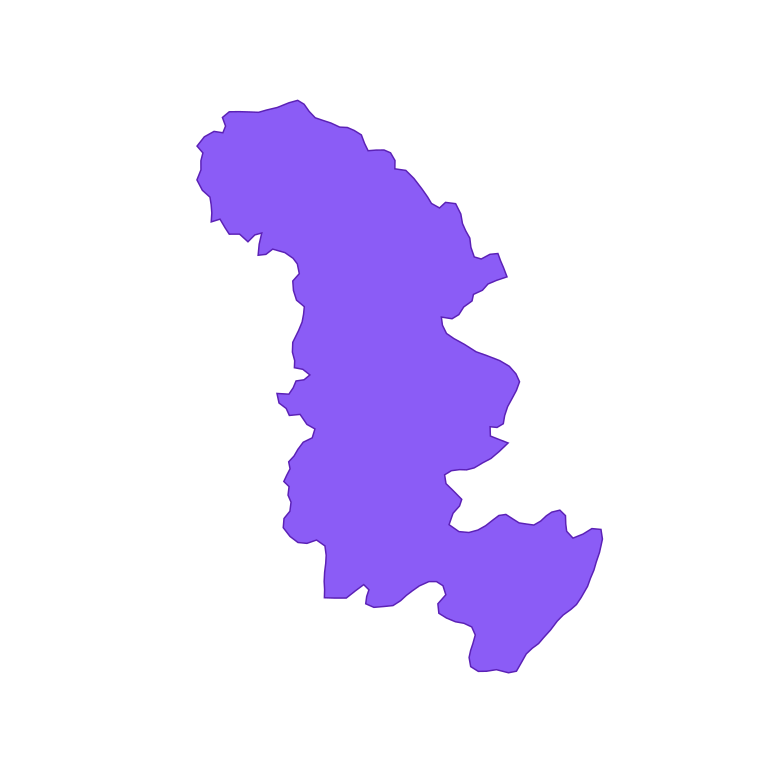 Cana Verde, Minas Gerais, Brazil, rotated 295°
{"feature_id": "56859067B5820383459318", "entity_name": "Cana Verde", "entity_type": "district", "adm_level": 2, "iso_a3": "BRA", "parent_name": "Brazil", "parent_adm1": "Minas Gerais", "projection": "albers", "projection_center": [-45.191, -21.031], "detail": "fine", "context": "isolated", "style": "filled", "palette": "violet", "viewbox_px": 768, "rotation_deg": 295, "n_neighbors": 0, "source": "geoboundaries", "source_scale": "gbopen_adm2", "svg_char_len": 3063}
<svg xmlns="http://www.w3.org/2000/svg" viewBox="0 0 768 768"><g transform="rotate(295 384 384)"><path d="M165.1,420.3L169.0,429.4L174.1,440.3L184.1,445.3L193.6,450.4L191.1,457.3L184.1,458.1L177.1,460.3L177.3,469.2L182.4,478.1L187.0,485.8L194.6,490.6L201.9,493.6L208.0,496.8L215.9,501.3L223.9,508.2L227.1,515.1L226.1,522.7L219.1,529.1L207.6,525.7L199.4,530.6L198.3,539.5L198.7,549.2L200.9,557.5L200.9,566.2L195.1,572.8L186.1,574.3L179.2,575.1L172.1,576.7L164.5,582.0L163.4,590.9L167.0,598.3L172.6,606.6L174.9,618.9L179.7,625.4L187.8,626.1L199.5,627.0L207.1,630.0L214.1,633.8L221.4,635.8L231.5,638.9L242.3,641.2L250.3,644.0L258.6,648.6L265.4,651.6L273.7,652.9L286.7,654.0L295.3,653.2L304.0,652.9L312.3,651.6L322.4,650.5L329.2,649.0L335.8,647.5L343.9,642.1L340.8,633.5L332.1,627.8L324.2,620.4L327.7,611.8L333.9,607.9L341.4,604.1L344.0,596.7L338.8,590.2L333.1,586.8L325.9,583.9L319.5,579.4L317.2,572.0L315.2,565.1L316.2,557.4L317.3,549.6L313.4,543.7L307.2,540.4L298.5,536.0L291.3,530.8L285.3,523.7L281.9,514.3L284.0,502.4L296.0,501.2L305.4,504.0L312.3,503.2L316.2,492.8L319.9,482.3L327.3,477.3L333.9,481.7L338.3,488.6L341.1,495.1L346.1,501.2L354.2,506.7L361.7,512.4L371.7,517.0L383.0,521.4L382.3,510.9L381.8,502.4L390.1,498.2L392.4,504.8L398.4,508.9L406.4,506.7L415.7,505.6L425.1,506.2L434.1,506.7L443.3,505.9L448.9,499.4L453.0,490.1L454.1,479.0L453.2,465.4L452.1,453.8L453.9,440.2L454.7,428.2L456.2,419.3L462.0,412.1L468.9,407.7L471.9,418.1L478.5,422.5L487.5,423.7L496.5,428.7L503.0,427.2L510.6,433.6L518.6,436.0L525.5,442.2L533.1,450.2L539.8,443.3L544.9,437.6L550.4,432.1L546.3,425.2L538.4,419.3L537.3,412.1L544.6,405.0L552.5,400.1L557.3,393.4L562.6,387.3L570.5,381.8L577.7,372.7L574.6,363.0L567.0,359.9L567.7,350.7L571.9,344.5L576.7,336.2L582.9,324.3L586.8,313.5L583.6,302.9L591.2,299.5L596.3,292.2L596.1,285.2L592.6,277.9L588.7,271.0L593.8,264.7L600.2,258.2L601.2,249.8L601.0,242.4L598.1,235.3L598.1,225.7L597.0,216.5L596.2,209.1L599.4,201.0L603.8,193.3L604.6,185.9L598.7,179.0L589.5,170.4L582.6,161.7L577.2,155.5L573.9,147.6L569.6,137.6L565.3,128.7L557.3,124.9L550.8,131.4L543.6,131.8L541.1,123.2L532.1,116.7L520.6,114.0L516.9,122.2L509.0,123.7L500.7,127.6L489.9,128.2L482.8,137.5L479.8,147.3L473.6,151.5L466.2,155.7L457.9,158.9L464.1,165.7L458.4,174.0L454.4,180.4L458.8,189.8L455.4,200.6L464.5,203.9L469.2,209.4L457.9,211.8L447.5,215.5L451.6,222.2L459.2,226.1L461.2,238.7L459.5,248.5L456.2,254.7L448.2,260.6L438.8,257.8L430.5,262.4L423.0,269.3L420.4,279.1L413.3,281.6L405.6,283.6L396.3,284.0L383.2,283.7L374.2,287.5L367.4,293.2L360.9,295.9L363.0,304.2L360.9,313.0L354.0,309.7L349.6,303.0L342.2,303.3L334.6,302.1L330.2,291.0L322.4,296.9L320.5,305.7L315.5,311.5L321.0,320.8L314.8,331.2L314.1,340.4L304.9,341.7L297.1,335.4L288.5,333.6L280.7,332.9L273.2,330.5L267.4,334.7L260.2,334.4L253.3,334.4L250.9,341.3L242.7,344.0L237.6,349.7L228.9,352.5L219.9,350.2L211.2,353.4L206.1,363.3L204.0,373.0L207.0,381.5L214.1,388.8L212.3,398.9L204.3,404.0L196.8,407.0L188.4,409.7L179.8,413.2L172.5,417.1L165.1,420.3Z" fill="#8b5cf6" stroke="#5b21b6" stroke-width="1.5"/></g></svg>